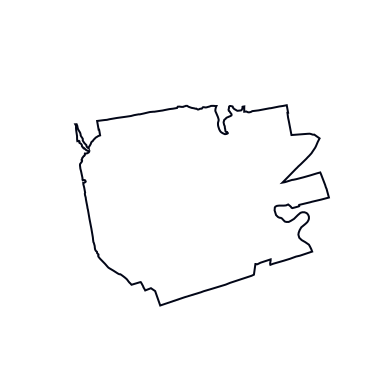 Siminicea, Suceava, Romania (Albers equal-area conic projection), rotated 23°
{"feature_id": "2599482B41742181273459", "entity_name": "Siminicea", "entity_type": "district", "adm_level": 2, "iso_a3": "ROU", "parent_name": "Romania", "parent_adm1": "Suceava", "projection": "albers", "projection_center": [26.395, 47.713], "detail": "fine", "context": "isolated", "style": "outline", "palette": "ink", "viewbox_px": 384, "rotation_deg": 23, "n_neighbors": 0, "source": "geoboundaries", "source_scale": "gbopen_adm2", "svg_char_len": 5891}
<svg xmlns="http://www.w3.org/2000/svg" viewBox="0 0 384 384"><g transform="rotate(23 192 192)"><path d="M311.9,133.6L303.8,125.2L302.4,123.9L299.6,126.1L294.5,130.4L288.9,134.9L282.9,139.5L280.0,141.5L279.6,141.6L274.7,145.8L273.6,146.7L271.6,148.0L275.0,139.4L278.6,130.1L279.3,128.5L279.6,127.7L279.8,127.1L281.1,124.3L284.2,116.9L285.1,114.4L285.7,113.0L286.9,109.5L287.0,108.7L288.1,103.0L288.2,101.2L288.2,98.5L288.2,96.6L288.5,92.8L282.1,91.4L281.4,91.8L280.7,92.0L279.8,92.1L279.2,92.1L277.8,92.3L277.3,92.5L276.0,93.1L261.3,100.7L253.2,88.6L251.5,86.2L248.9,81.8L249.5,81.5L245.3,75.1L242.2,77.2L238.9,79.2L231.9,84.0L230.6,84.7L221.3,90.9L215.9,94.0L215.4,94.7L215.0,95.2L213.9,96.1L213.1,96.5L212.5,96.7L211.7,96.7L210.5,96.7L208.7,97.7L206.9,93.4L206.7,92.8L205.4,93.6L205.2,93.9L205.6,94.8L205.8,95.5L205.8,95.8L205.7,96.2L205.6,96.9L205.6,97.3L205.3,97.7L204.8,98.0L202.1,99.5L201.4,99.5L199.5,99.2L198.8,99.2L197.9,98.9L197.4,98.6L197.0,98.5L196.6,98.1L196.2,97.6L195.9,97.4L194.4,97.7L194.0,97.7L193.2,98.1L193.0,98.5L192.8,98.8L192.8,99.0L193.0,99.7L193.4,101.0L193.4,101.4L193.4,101.7L193.8,102.4L194.2,102.9L194.6,102.9L195.4,103.3L196.1,103.9L197.1,104.4L197.9,104.9L198.2,105.3L198.3,105.6L198.4,106.1L198.3,106.3L197.9,106.7L197.6,107.2L196.5,108.3L196.1,108.8L195.4,109.4L195.1,109.8L194.7,110.3L194.6,110.5L194.5,110.9L194.4,111.3L193.6,112.8L193.5,113.2L193.5,113.5L193.7,113.9L193.7,114.8L193.8,115.3L193.9,115.6L195.0,117.2L195.6,117.9L196.1,118.3L196.7,119.1L197.3,120.3L198.0,121.2L199.0,122.9L199.3,123.1L199.9,123.4L200.3,123.3L200.6,123.2L200.9,123.1L201.0,123.2L201.3,123.5L202.0,123.8L202.0,124.0L201.7,124.4L201.2,125.0L199.9,125.8L199.6,125.9L197.7,125.9L196.1,125.7L195.3,125.5L194.8,125.3L193.8,124.7L192.5,123.6L191.1,122.0L190.3,121.0L189.8,120.2L189.1,118.7L188.9,118.1L188.8,117.5L188.6,115.9L188.3,115.1L188.0,114.6L186.6,112.9L183.6,110.0L182.1,108.6L181.9,108.3L181.7,108.0L181.3,106.9L181.1,106.0L181.0,105.2L180.9,104.4L180.9,103.3L179.8,103.8L178.7,104.1L176.7,104.9L175.8,105.4L174.6,106.6L173.9,107.1L172.7,108.1L171.7,108.8L169.5,109.4L168.9,109.8L168.4,111.5L167.5,111.9L166.6,112.5L165.9,113.4L165.1,113.8L163.2,113.6L162.6,114.0L161.4,114.1L158.8,114.7L155.6,114.9L153.9,114.6L152.7,115.1L152.0,115.8L151.0,116.6L150.6,117.1L148.9,117.8L147.1,118.3L145.6,119.0L145.5,119.3L145.4,120.5L142.0,122.7L138.7,124.6L134.3,127.6L133.2,128.4L131.2,129.6L126.0,132.8L124.7,133.4L121.9,134.9L119.6,136.6L116.9,138.6L113.5,141.0L112.8,141.2L108.8,143.8L106.1,145.9L101.0,149.0L94.1,153.1L87.7,157.2L86.6,158.0L85.5,158.8L84.0,159.6L82.4,160.5L76.9,163.7L81.7,171.1L82.1,170.9L83.0,172.2L85.3,175.8L84.5,176.5L83.8,177.2L82.7,178.8L82.3,179.3L82.0,179.7L81.8,180.6L81.4,181.3L80.9,182.9L80.7,184.0L80.5,184.4L80.1,184.8L80.0,185.2L79.9,185.7L80.0,187.1L80.0,188.0L79.8,189.3L79.5,191.2L79.5,191.6L79.9,192.2L78.1,191.8L77.5,191.4L76.9,190.9L76.4,190.1L76.1,190.0L73.6,188.9L71.7,187.6L71.2,187.1L70.8,185.9L70.4,185.5L68.2,184.1L67.4,183.4L66.9,182.4L65.8,181.1L65.0,180.5L63.4,179.4L62.0,178.1L60.5,175.9L59.3,174.7L58.1,175.3L59.1,176.1L59.6,176.8L60.2,178.4L61.3,180.5L64.3,185.4L65.1,187.2L65.8,188.7L66.6,190.0L67.9,189.1L68.1,189.1L68.7,189.4L68.9,190.5L69.1,190.7L69.4,190.8L70.0,190.8L70.9,191.0L71.4,191.2L72.0,191.6L72.5,192.2L72.7,192.7L73.0,193.0L73.5,193.3L74.7,193.6L74.7,193.8L75.6,193.8L75.7,194.2L76.0,194.2L76.7,194.2L78.0,194.7L78.5,194.8L80.7,194.8L81.5,194.6L81.6,195.2L81.4,196.0L81.1,196.3L80.8,196.9L80.3,197.4L78.9,198.3L78.4,198.4L78.4,198.6L78.5,199.1L78.8,199.4L78.9,199.8L78.8,200.4L78.7,200.9L78.4,201.1L78.1,201.8L78.0,202.7L77.8,203.1L77.7,203.5L77.9,204.5L77.8,204.9L77.8,205.6L78.1,205.7L78.6,206.1L78.7,206.5L78.7,206.9L78.7,207.4L78.5,208.1L78.4,208.5L78.3,209.0L78.1,209.8L78.1,210.2L78.5,211.3L80.1,214.1L81.8,216.3L85.7,221.9L86.4,223.5L86.8,223.8L87.0,223.6L87.4,223.3L88.2,223.1L89.1,223.0L89.3,223.1L89.5,223.4L90.1,224.0L90.0,224.4L89.8,224.6L89.7,224.9L89.4,225.2L89.3,225.4L89.1,225.6L88.3,226.0L89.0,227.4L91.0,230.0L93.1,233.2L93.9,234.4L93.9,234.9L94.0,235.4L94.7,236.6L96.3,238.6L97.2,240.2L99.2,243.2L101.3,246.3L102.2,247.8L103.0,248.8L105.9,253.3L108.2,256.9L113.8,265.2L118.4,272.4L119.5,274.4L120.8,276.6L121.6,277.3L123.5,279.7L124.4,281.4L125.4,282.9L126.6,283.8L127.6,284.1L128.0,284.3L128.5,285.3L128.8,285.5L130.2,286.0L130.4,286.2L130.6,286.7L130.5,287.2L130.7,287.5L131.0,288.0L133.1,289.2L140.0,292.1L143.7,293.9L144.7,294.3L145.8,294.5L148.1,294.8L150.3,295.1L155.6,296.0L157.0,296.1L157.6,296.0L158.0,295.8L158.3,295.7L159.6,296.0L160.2,296.1L163.4,296.9L165.9,297.7L167.4,298.5L168.2,299.0L169.7,299.8L171.4,300.4L172.0,300.8L172.6,301.0L179.7,295.1L180.1,295.0L181.5,296.0L184.1,298.1L184.6,298.8L185.4,299.3L186.7,300.3L187.4,300.9L191.8,296.6L196.8,297.6L207.1,308.9L226.4,291.7L239.3,280.9L241.5,278.8L246.5,274.7L259.2,264.1L262.6,260.7L279.5,245.9L281.3,243.9L278.5,233.5L279.0,233.3L279.7,233.3L280.4,233.0L282.7,230.3L290.7,223.3L291.1,224.2L291.5,226.0L292.0,227.7L292.6,228.4L294.8,226.3L303.3,219.4L308.3,215.2L313.0,210.8L316.3,208.4L325.9,199.9L324.1,198.0L322.0,196.2L320.2,194.8L315.8,193.9L311.7,193.4L308.6,192.2L306.6,189.7L306.1,187.7L306.0,185.1L306.4,181.8L309.0,176.8L309.9,174.7L310.2,172.7L310.1,171.0L309.3,169.1L308.3,168.0L307.2,167.2L305.7,166.6L303.5,166.7L301.5,167.5L300.0,168.8L298.5,171.8L296.4,176.9L294.2,180.0L292.7,181.8L290.6,182.7L288.9,182.9L286.6,181.9L285.1,181.2L283.9,181.1L282.5,181.5L280.9,181.4L278.4,180.4L275.2,176.6L274.3,173.9L274.5,172.9L275.6,171.6L277.3,170.6L280.6,169.2L282.3,168.4L283.8,167.6L285.1,166.2L285.4,165.9L287.9,166.6L289.1,167.1L289.8,167.6L290.3,167.6L290.7,167.6L292.8,166.0L294.8,164.4L296.0,163.4L296.2,163.0L296.0,162.7L295.7,162.3L295.7,162.0L304.9,155.2L306.1,154.2L313.9,148.5L320.2,143.6L316.8,139.3L316.4,138.8L314.7,136.6L313.4,135.4L311.9,133.6Z" fill="none" stroke="#020617" stroke-width="2"/></g></svg>